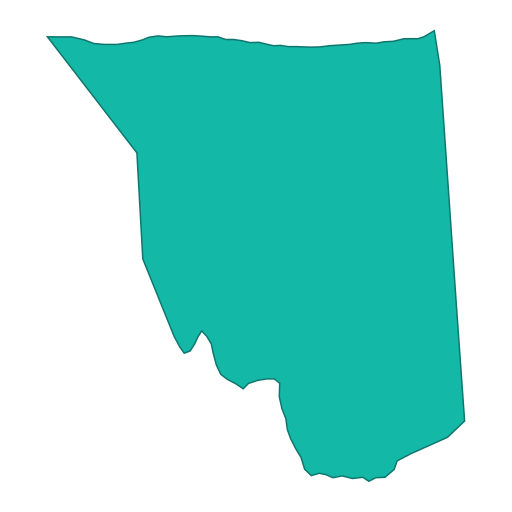 the district of Emas, Paraíba, Brazil
{"feature_id": "56859067B29594982157265", "entity_name": "Emas", "entity_type": "district", "adm_level": 2, "iso_a3": "BRA", "parent_name": "Brazil", "parent_adm1": "Paraíba", "projection": "equal_earth", "projection_center": [-37.76, -7.097], "detail": "fine", "context": "isolated", "style": "filled", "palette": "teal", "viewbox_px": 512, "rotation_deg": 0, "n_neighbors": 0, "source": "geoboundaries", "source_scale": "gbopen_adm2", "svg_char_len": 1196}
<svg xmlns="http://www.w3.org/2000/svg" viewBox="0 0 512 512"><path d="M47.4,36.8L136.9,152.9L142.8,258.9L174.1,336.3L179.8,347.0L184.2,353.2L190.1,351.0L194.7,343.9L197.8,337.1L201.7,330.9L206.9,336.5L211.3,343.9L213.2,353.2L216.3,364.8L220.8,374.4L227.4,379.4L235.9,383.8L243.2,388.8L248.5,383.4L257.9,380.3L266.9,378.9L274.3,378.9L279.7,383.2L279.3,396.7L281.9,408.6L285.9,418.8L287.3,429.5L290.6,438.6L295.9,449.0L301.1,457.6L304.6,469.2L311.3,475.6L319.1,473.3L325.5,474.5L332.9,477.7L342.1,475.9L352.4,478.5L362.9,477.3L368.8,481.3L375.7,477.7L385.0,477.3L394.2,469.4L397.1,460.9L410.6,453.8L447.5,437.3L464.6,421.0L456.6,308.5L449.1,199.9L439.8,65.6L434.3,30.7L423.8,36.8L417.9,38.7L411.0,38.7L404.1,38.7L393.4,41.3L383.9,41.8L376.4,43.2L365.5,42.6L357.3,43.2L349.7,44.4L341.8,44.9L329.7,45.7L320.1,46.9L310.4,47.1L303.4,46.9L296.8,46.6L288.2,46.6L280.4,45.4L273.4,45.7L267.6,44.4L258.7,42.3L250.1,42.6L241.9,40.7L233.7,39.5L225.8,39.5L217.8,36.8L210.5,36.9L201.4,36.1L192.4,35.6L179.1,35.9L166.8,36.8L157.9,35.9L148.7,37.3L142.4,39.9L133.8,42.3L127.1,43.0L117.4,44.4L104.0,44.4L93.9,43.5L84.2,39.9L71.7,36.9L60.3,36.9L47.4,36.8Z" fill="#14b8a6" stroke="#0f766e" stroke-width="1.5"/></svg>